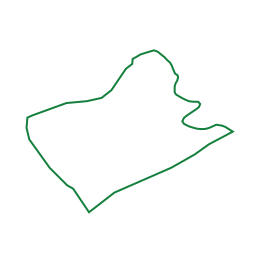 San Marcos La Laguna, Sololá, Guatemala, rotated 248°
{"feature_id": "79465075B78154513463269", "entity_name": "San Marcos La Laguna", "entity_type": "district", "adm_level": 2, "iso_a3": "GTM", "parent_name": "Guatemala", "parent_adm1": "Sololá", "projection": "equal_earth", "projection_center": [-91.257, 14.734], "detail": "fine", "context": "isolated", "style": "outline", "palette": "green", "viewbox_px": 256, "rotation_deg": 248, "n_neighbors": 0, "source": "geoboundaries", "source_scale": "gbopen_adm2", "svg_char_len": 967}
<svg xmlns="http://www.w3.org/2000/svg" viewBox="0 0 256 256"><g transform="rotate(248 128 128)"><path d="M190.3,158.2L185.8,155.9L183.7,148.3L169.3,126.8L165.8,114.8L168.3,99.8L174.2,80.3L175.4,47.7L175.5,43.8L175.3,38.6L166.2,34.0L154.4,32.2L120.3,40.5L97.7,50.1L92.3,54.4L64.5,60.3L73.2,91.1L75.0,153.5L78.5,180.0L82.6,197.0L85.4,223.8L92.6,218.6L95.1,215.9L98.0,211.0L97.8,206.8L97.7,203.4L98.1,199.7L99.3,196.1L101.2,192.2L103.2,189.4L104.9,187.3L106.9,184.9L110.8,181.5L113.9,180.9L116.4,183.7L117.6,187.6L120.0,198.9L120.9,201.7L123.2,203.9L125.9,203.0L126.9,200.8L127.9,198.3L129.8,194.9L131.9,192.6L135.2,189.6L138.1,187.3L140.9,185.2L143.4,184.6L146.1,185.6L149.5,187.1L151.9,189.2L153.3,191.2L156.1,193.4L158.3,193.7L160.9,192.0L163.7,191.9L167.1,191.9L169.1,192.0L173.1,191.4L175.4,190.2L177.2,189.4L180.0,188.4L182.0,187.2L187.7,184.1L190.3,181.1L191.1,172.7L191.5,166.9L190.8,162.7L190.3,158.2Z" fill="none" stroke="#15803d" stroke-width="2"/></g></svg>